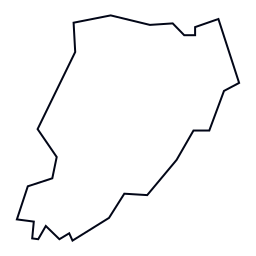 the district of Rumbek Centre, Lakes, South Sudan
{"feature_id": "79223893B15705410595049", "entity_name": "Rumbek Centre", "entity_type": "district", "adm_level": 2, "iso_a3": "SSD", "parent_name": "South Sudan", "parent_adm1": "Lakes", "projection": "equal_earth", "projection_center": [29.744, 6.986], "detail": "fine", "context": "isolated", "style": "outline", "palette": "ink", "viewbox_px": 256, "rotation_deg": 0, "n_neighbors": 0, "source": "geoboundaries", "source_scale": "gbopen_adm2", "svg_char_len": 461}
<svg xmlns="http://www.w3.org/2000/svg" viewBox="0 0 256 256"><path d="M72.5,240.6L109.0,217.9L124.3,193.7L147.2,195.1L176.6,159.9L193.5,130.5L209.3,130.5L224.0,90.9L239.1,82.9L218.4,19.0L195.1,27.1L195.1,35.2L184.2,35.2L172.7,23.4L149.9,24.9L110.7,15.4L73.6,22.7L75.2,52.0L37.6,129.1L56.7,157.0L52.3,178.3L27.8,186.3L16.9,219.4L33.8,221.6L32.2,238.4L38.2,239.2L45.8,226.0L59.4,239.2L69.2,233.3L72.5,240.6Z" fill="none" stroke="#020617" stroke-width="2"/></svg>